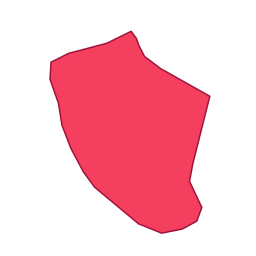 the Provincial City of Keelung City, rotated 13°
{"feature_id": "TWN-1164", "entity_name": "Keelung City", "entity_type": "Provincial City", "adm_level": 1, "iso_a3": "TWN", "parent_name": "Taiwan", "parent_adm1": "", "projection": "equal_earth", "projection_center": [121.703, 25.114], "detail": "fine", "context": "isolated", "style": "filled", "palette": "rose", "viewbox_px": 256, "rotation_deg": 13, "n_neighbors": 0, "source": "natural_earth", "source_scale": "10m", "svg_char_len": 427}
<svg xmlns="http://www.w3.org/2000/svg" viewBox="0 0 256 256"><g transform="rotate(13 128 128)"><path d="M109.3,33.1L116.1,38.9L119.8,44.8L127.9,54.5L146.4,62.8L200.6,78.7L199.2,148.5L200.0,166.2L217.8,188.8L216.0,203.2L203.8,214.1L184.5,222.9L159.8,219.0L108.8,193.2L94.4,180.8L76.7,160.4L63.0,140.1L54.7,119.6L41.0,98.0L38.2,81.2L53.5,68.5L88.1,50.3L109.3,33.1Z" fill="#f43f5e" stroke="#9f1239" stroke-width="1.5"/></g></svg>